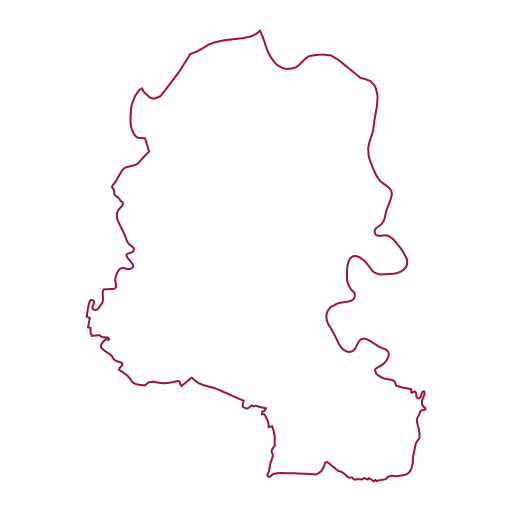 outline of Ha Tinh, Ha Tinh, Vietnam
{"feature_id": "81297802B52387636717940", "entity_name": "Ha Tinh", "entity_type": "district", "adm_level": 2, "iso_a3": "VNM", "parent_name": "Vietnam", "parent_adm1": "Ha Tinh", "projection": "natural_earth1", "projection_center": [105.907, 18.355], "detail": "fine", "context": "isolated", "style": "outline", "palette": "rose", "viewbox_px": 512, "rotation_deg": 0, "n_neighbors": 0, "source": "geoboundaries", "source_scale": "gbopen_adm2", "svg_char_len": 6055}
<svg xmlns="http://www.w3.org/2000/svg" viewBox="0 0 512 512"><path d="M419.4,438.3L419.5,433.5L419.0,429.7L416.8,421.5L417.3,418.0L419.2,414.5L420.2,411.8L420.5,411.2L420.9,410.7L422.1,410.2L424.6,409.9L425.3,409.4L425.4,409.1L425.4,408.7L425.0,407.8L423.8,406.9L422.8,405.7L422.3,404.9L422.0,403.7L422.0,400.8L422.7,398.8L423.7,396.5L424.6,393.8L424.6,392.4L424.0,391.4L423.2,391.4L422.1,392.3L421.0,396.3L420.4,397.2L419.3,398.2L418.8,398.4L417.5,398.2L416.7,397.5L416.4,396.3L416.3,394.6L416.0,393.1L415.7,392.4L414.9,391.4L414.4,391.4L412.3,392.7L411.6,392.5L411.1,392.1L411.4,390.0L410.9,389.1L402.2,387.5L396.1,385.7L395.7,384.0L395.1,382.5L394.4,381.4L393.2,380.4L391.2,379.8L384.5,378.6L381.7,377.5L377.8,375.1L376.4,373.8L374.9,370.1L375.2,369.4L376.1,368.4L381.1,365.6L384.8,362.6L386.6,360.3L388.2,357.0L388.8,354.4L388.6,353.0L388.3,352.0L387.5,350.9L386.7,350.1L385.1,349.1L382.1,348.1L378.7,346.5L370.0,340.9L367.3,339.4L365.3,338.8L363.2,338.7L361.2,339.2L360.0,340.1L358.0,342.9L355.3,348.3L354.1,349.9L352.3,351.2L350.5,351.8L348.4,351.9L346.8,351.5L343.5,349.8L340.7,346.9L339.4,344.8L334.5,334.8L331.6,329.5L328.1,324.0L326.8,320.0L326.4,317.1L326.4,315.3L326.7,313.7L327.3,312.0L328.3,310.0L330.9,306.8L332.9,306.1L335.0,304.7L338.0,303.3L343.0,302.3L347.0,301.8L350.2,301.0L352.5,300.0L353.6,299.2L354.2,298.2L354.8,295.8L354.7,293.7L354.4,292.9L352.5,290.9L351.4,290.0L350.2,288.1L348.4,284.5L347.4,281.9L347.0,279.8L346.9,276.6L347.1,268.5L347.6,265.5L348.5,261.8L349.3,259.9L350.1,258.5L352.1,256.7L353.9,256.1L356.1,256.0L359.7,257.4L363.7,260.3L366.1,262.5L372.4,270.9L373.8,272.0L375.5,273.0L377.5,273.8L380.4,274.5L393.8,273.7L396.1,273.3L398.5,272.5L400.8,271.6L403.4,269.9L405.5,267.6L406.5,266.1L407.0,264.4L407.2,261.7L407.1,260.1L406.9,259.1L403.6,252.8L400.9,248.6L395.2,241.4L392.0,238.2L388.6,236.0L386.5,235.4L383.9,235.4L380.1,235.8L376.9,235.5L376.2,235.1L375.3,234.1L374.7,232.2L374.7,230.4L376.2,228.1L380.9,224.7L382.1,223.3L383.8,220.6L384.7,218.2L386.1,211.8L387.2,208.2L389.3,203.2L390.7,199.2L391.7,195.5L391.8,193.6L391.4,191.4L391.0,190.5L389.4,188.1L387.2,186.3L380.8,181.7L377.8,177.8L376.1,175.2L372.0,166.1L370.1,160.9L368.6,155.5L368.2,148.3L369.3,142.7L373.0,131.2L374.4,120.2L376.8,106.9L377.3,101.8L377.6,96.6L376.8,92.2L376.1,89.0L374.4,85.3L370.5,81.1L365.1,79.1L360.4,77.8L339.0,60.3L330.9,55.4L323.4,54.6L318.4,54.7L309.3,56.1L305.9,58.2L299.2,64.9L295.8,67.4L291.0,68.6L286.1,68.9L282.4,68.0L277.8,65.4L275.8,63.6L273.0,60.3L270.1,56.2L267.2,50.2L262.9,37.2L260.0,30.7L256.5,33.7L251.0,36.4L243.0,38.1L224.1,40.3L214.7,42.3L208.5,44.6L202.2,48.6L197.2,51.4L190.0,54.1L188.8,56.4L179.3,71.6L165.6,89.6L160.6,95.9L160.0,96.4L154.1,98.7L150.2,97.8L143.7,91.7L142.0,88.4L139.0,90.3L135.2,95.9L131.8,104.2L131.1,108.2L130.5,117.3L130.5,122.4L131.0,126.7L132.1,130.0L133.7,133.4L134.8,135.2L136.5,137.0L138.2,137.9L145.0,138.3L149.2,151.6L145.5,155.1L138.4,162.9L136.5,164.5L134.9,165.1L125.7,167.4L124.1,168.5L122.3,170.2L121.1,172.0L115.2,182.3L112.9,185.0L112.0,186.9L112.7,188.3L113.6,189.4L114.2,190.9L114.3,193.9L114.7,195.1L118.5,197.9L119.4,198.9L120.7,201.1L121.9,201.6L122.8,202.6L123.0,203.1L122.8,204.6L121.7,206.3L118.4,209.8L117.4,211.9L116.9,214.2L116.9,216.7L117.1,218.3L117.6,220.0L118.7,222.7L124.8,235.0L126.9,240.9L128.1,243.0L129.4,244.5L133.3,247.6L134.0,248.8L133.7,250.4L133.0,251.7L132.6,252.0L127.3,253.8L126.7,254.5L126.5,255.4L126.8,256.4L127.8,258.2L130.6,261.4L133.0,264.6L133.2,265.4L133.2,266.2L132.7,267.3L131.9,268.1L131.0,268.7L129.9,269.0L128.3,269.1L126.4,268.8L123.4,268.0L122.2,268.0L121.4,268.2L120.1,268.9L119.1,269.8L117.9,271.4L116.6,274.0L115.2,278.7L115.2,280.1L116.0,285.3L116.1,286.7L115.8,287.4L115.0,288.3L114.2,288.7L112.4,289.0L105.1,289.3L103.8,289.5L103.6,289.7L103.1,290.7L102.6,292.5L103.0,299.5L103.0,300.2L102.7,301.6L102.2,302.9L98.2,308.6L97.0,309.6L95.5,309.9L94.2,309.8L92.9,309.0L92.4,307.4L92.5,306.4L93.9,303.6L94.0,301.7L93.7,301.1L92.7,300.2L91.4,299.9L90.8,300.0L90.2,300.7L89.7,301.5L88.3,306.3L87.3,312.5L86.9,315.8L86.6,316.6L89.8,318.0L88.0,327.4L90.5,327.9L90.6,333.6L91.4,334.3L91.7,334.9L91.8,335.9L99.6,335.1L101.5,336.8L102.2,337.1L103.2,337.3L106.9,337.4L108.0,337.8L108.7,338.4L109.0,339.3L108.6,339.7L106.0,339.4L104.7,340.2L103.3,341.6L101.6,343.9L100.9,345.9L101.0,347.0L101.9,348.5L104.9,351.0L107.9,352.9L111.5,355.5L113.7,359.1L114.5,359.9L116.0,360.8L121.7,362.8L122.1,363.5L122.4,364.5L122.1,365.3L119.9,367.6L118.8,369.7L126.5,374.8L128.4,376.7L132.6,382.2L135.3,383.9L138.9,384.8L144.8,385.4L148.7,382.3L154.1,381.6L156.2,382.3L163.0,383.3L168.4,382.9L176.5,381.4L177.1,381.0L178.0,381.0L179.3,381.5L180.0,382.1L180.2,382.8L180.1,383.9L181.4,386.1L191.6,377.7L196.6,381.8L199.6,383.6L203.9,385.3L214.4,388.0L228.0,393.8L235.8,397.4L243.7,400.7L242.8,404.2L242.7,405.0L242.8,406.5L243.4,407.1L246.0,408.5L247.3,408.5L248.1,408.2L249.0,407.4L251.9,405.5L253.4,406.3L255.5,405.6L256.4,405.8L258.7,406.7L266.0,408.4L265.1,410.0L264.4,410.8L262.3,411.7L262.0,414.3L264.2,414.2L265.2,415.8L268.1,421.6L268.8,427.1L272.1,426.2L273.5,430.5L274.2,433.7L274.7,436.9L274.7,445.7L272.6,448.5L271.7,450.4L271.8,452.7L272.7,454.3L272.9,455.9L270.4,463.5L269.0,471.1L267.3,475.1L267.6,475.7L268.3,476.5L269.8,476.9L271.2,475.5L272.7,474.4L273.7,473.9L277.4,473.2L280.1,473.0L289.6,473.3L294.7,473.2L297.1,473.5L307.7,473.8L309.4,474.1L313.8,474.3L315.6,474.4L316.8,474.1L318.7,473.0L320.8,471.6L322.3,469.5L324.5,465.2L324.9,462.9L327.2,462.0L334.7,468.0L337.7,470.7L341.2,471.7L343.8,473.3L348.1,477.3L349.0,477.6L351.9,477.4L353.8,479.4L354.5,479.6L357.5,479.2L360.0,479.2L362.3,479.5L362.7,479.3L363.5,478.4L364.1,478.0L365.0,478.3L367.2,479.5L368.0,479.3L368.6,478.2L370.7,479.1L373.7,481.3L374.5,480.8L375.3,480.0L375.6,480.0L376.5,481.1L378.8,480.4L385.8,479.2L386.8,478.3L387.2,477.4L387.8,476.8L391.5,475.7L396.3,476.2L403.6,475.2L406.4,474.4L407.7,473.7L409.6,471.8L411.1,469.5L411.9,466.8L412.8,462.9L413.0,456.7L415.7,444.0L416.4,442.4L418.0,440.0L419.4,438.3Z" fill="none" stroke="#9f1239" stroke-width="2"/></svg>